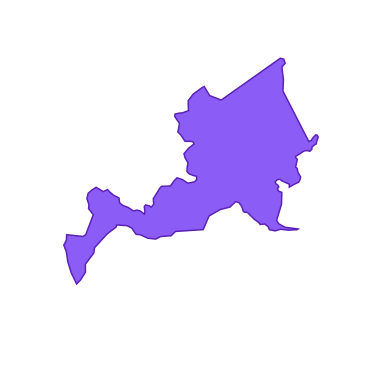 Bambari, Ouaka, Central African Republic, rotated 150°
{"feature_id": "33826404B32260495393800", "entity_name": "Bambari", "entity_type": "district", "adm_level": 2, "iso_a3": "CAF", "parent_name": "Central African Republic", "parent_adm1": "Ouaka", "projection": "orthographic", "projection_center": [21.01, 5.752], "detail": "fine", "context": "isolated", "style": "filled", "palette": "violet", "viewbox_px": 384, "rotation_deg": 150, "n_neighbors": 0, "source": "geoboundaries", "source_scale": "gbopen_adm2", "svg_char_len": 2131}
<svg xmlns="http://www.w3.org/2000/svg" viewBox="0 0 384 384"><g transform="rotate(150 192 192)"><path d="M337.9,170.0L332.3,171.6L324.3,175.9L320.4,182.8L307.5,188.3L304.2,192.5L286.1,198.2L275.4,199.5L273.7,201.1L265.1,195.3L262.2,191.0L261.6,183.3L258.2,180.9L253.4,174.1L247.0,169.4L241.5,169.1L231.9,164.6L226.0,166.1L201.1,153.8L189.3,162.7L176.4,162.7L166.7,160.0L159.0,161.8L156.5,159.1L156.2,154.2L157.2,149.8L156.7,148.2L154.3,146.8L153.5,143.9L151.7,137.2L149.4,132.0L149.2,129.8L144.9,127.9L143.4,123.8L143.8,120.6L139.3,116.7L134.0,115.5L127.4,110.6L119.5,106.7L118.5,106.9L128.9,114.8L130.9,117.9L132.8,121.2L132.9,125.2L129.7,128.1L120.5,136.8L114.4,146.8L116.5,149.2L116.4,152.3L114.3,152.9L114.3,155.3L115.3,157.4L114.7,159.2L112.1,160.1L109.5,159.0L108.6,156.8L106.0,153.0L103.8,150.2L105.3,147.6L100.6,147.6L94.7,147.2L92.5,148.5L90.4,150.7L90.4,156.1L89.1,160.0L89.9,161.6L84.6,167.5L85.0,170.2L84.4,171.1L79.9,171.1L75.4,171.5L73.1,171.1L71.1,169.9L69.7,168.4L67.1,168.9L65.5,170.9L63.0,171.5L60.4,171.5L58.8,173.4L55.3,176.4L55.1,178.6L56.3,179.6L59.7,178.7L62.8,177.1L65.6,177.4L62.8,233.9L56.5,243.8L53.3,251.5L51.5,255.4L46.9,256.9L46.1,261.2L48.6,263.7L120.8,257.0L128.5,266.7L128.7,277.3L131.6,277.3L141.9,276.2L149.6,273.0L151.4,269.9L154.4,264.2L160.7,265.3L163.6,266.7L167.8,268.0L169.2,265.8L168.6,257.7L171.0,254.7L174.2,251.1L173.1,246.5L172.7,239.4L168.7,237.1L166.1,235.1L166.1,232.6L172.7,231.7L179.8,229.2L180.9,225.2L180.9,219.1L183.4,216.4L186.1,212.3L185.5,209.3L182.9,205.9L180.2,203.3L181.6,200.5L184.8,199.6L191.2,201.7L194.1,207.6L197.9,211.8L201.8,210.7L207.7,208.0L215.5,212.1L218.0,211.4L228.9,205.5L231.3,200.6L235.0,199.2L235.9,201.5L238.8,204.0L240.7,203.1L242.5,198.7L244.3,196.7L246.4,201.5L248.8,203.9L252.2,204.9L255.0,210.5L258.6,214.9L260.1,218.8L258.2,223.3L261.6,228.6L263.5,234.0L263.9,236.3L268.8,236.8L270.7,240.5L272.7,244.0L277.5,243.8L282.6,242.8L286.3,238.9L287.6,232.5L289.9,229.3L288.8,221.7L305.2,208.3L308.5,207.9L321.9,217.7L324.9,213.1L329.6,210.1L330.7,203.1L334.5,193.5L337.0,182.4L337.9,170.0Z" fill="#8b5cf6" stroke="#5b21b6" stroke-width="1.5"/></g></svg>